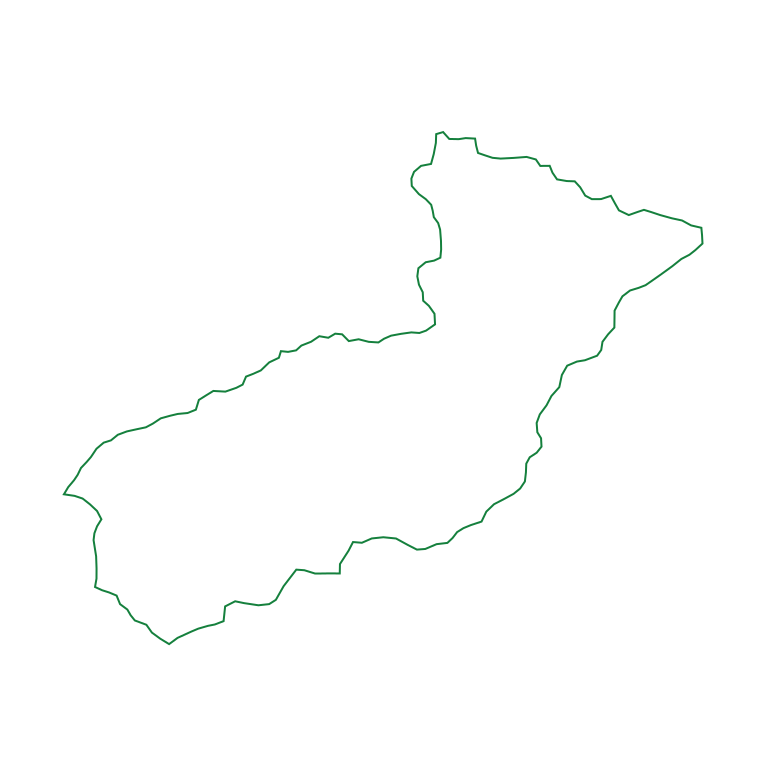 outline of Capetinga, Minas Gerais, Brazil, rotated 267°
{"feature_id": "56859067B5819278001794", "entity_name": "Capetinga", "entity_type": "district", "adm_level": 2, "iso_a3": "BRA", "parent_name": "Brazil", "parent_adm1": "Minas Gerais", "projection": "natural_earth1", "projection_center": [-47.021, -20.66], "detail": "fine", "context": "isolated", "style": "outline", "palette": "green", "viewbox_px": 768, "rotation_deg": 267, "n_neighbors": 0, "source": "geoboundaries", "source_scale": "gbopen_adm2", "svg_char_len": 2735}
<svg xmlns="http://www.w3.org/2000/svg" viewBox="0 0 768 768"><g transform="rotate(267 384 384)"><path d="M560.0,620.4L557.3,610.4L557.7,601.3L561.6,594.8L570.2,590.2L576.4,585.1L577.1,577.2L579.3,567.5L586.2,563.3L593.2,560.9L593.6,551.5L600.3,547.4L603.3,538.3L603.0,525.6L603.0,512.3L604.2,504.2L606.9,497.2L609.8,490.0L617.2,488.5L624.3,487.8L625.3,478.5L624.6,471.5L625.3,462.0L632.5,456.2L630.8,449.2L622.0,448.4L611.0,445.7L601.3,442.5L599.9,432.4L594.3,425.1L587.7,422.1L580.3,422.1L571.8,428.8L566.4,435.4L560.5,440.5L554.5,441.7L548.0,442.5L541.9,446.5L535.3,448.1L524.0,448.4L515.3,448.1L507.2,446.9L504.6,440.5L503.4,432.0L497.8,424.4L489.8,422.9L481.4,424.1L473.6,427.5L465.1,427.5L459.7,432.9L451.5,438.1L440.9,438.1L435.1,428.8L433.1,422.0L434.1,414.0L433.2,403.6L431.9,393.6L429.2,386.4L425.8,380.6L426.9,371.0L430.0,361.0L428.7,351.1L435.8,344.8L436.8,337.9L433.1,330.8L435.1,321.9L430.0,313.4L426.7,303.5L422.2,298.0L421.1,289.9L422.2,282.8L415.7,280.4L411.6,270.5L404.0,261.7L400.9,253.6L398.6,246.6L390.8,242.8L387.9,236.3L384.7,225.2L386.0,213.2L382.3,206.4L377.8,198.3L368.2,194.8L365.3,186.3L364.9,176.5L363.5,168.8L361.4,159.3L356.5,151.0L353.2,143.9L351.7,134.3L350.1,124.7L347.2,115.5L342.0,108.4L340.1,101.0L334.4,93.5L326.4,87.5L321.6,82.9L316.0,77.0L309.3,73.3L304.1,69.4L297.6,63.3L290.6,58.6L288.5,69.1L285.4,77.0L279.2,84.1L272.2,90.8L263.7,94.7L256.9,90.0L250.1,87.0L243.3,85.8L235.6,86.6L227.0,87.5L215.1,87.3L204.7,86.7L196.4,84.8L192.8,91.7L190.2,98.6L186.7,105.9L178.0,108.9L172.2,115.9L166.3,118.9L160.9,122.8L156.0,134.1L147.9,139.2L141.3,147.3L135.5,155.8L141.3,164.6L146.9,178.8L149.4,185.7L151.7,195.6L152.7,202.5L155.6,211.4L170.2,213.7L174.8,224.0L172.5,232.8L169.6,247.0L170.2,257.8L174.1,264.7L187.4,273.2L203.2,286.7L202.2,294.7L198.3,305.3L198.0,312.4L197.7,320.4L197.1,329.9L206.5,330.6L214.0,336.0L219.4,339.9L227.8,344.8L226.6,353.6L230.4,363.7L231.0,375.3L229.1,387.9L222.0,399.4L216.9,408.2L217.1,416.6L221.3,428.1L222.0,439.0L226.6,444.4L232.3,449.3L235.9,455.8L238.6,463.5L241.5,474.2L251.2,479.5L258.2,487.6L263.1,498.4L267.5,507.6L272.5,514.5L279.3,519.6L288.3,521.1L297.0,521.9L303.2,525.7L307.4,532.9L313.2,538.0L321.6,538.0L327.8,534.6L337.1,534.4L345.5,538.0L354.2,545.2L363.3,550.6L371.7,558.9L383.7,562.1L392.7,567.9L396.3,577.8L397.2,585.9L401.1,598.3L406.6,602.7L414.7,604.4L421.9,610.4L428.3,617.0L438.9,617.7L445.2,618.1L453.1,622.8L459.1,626.7L464.5,634.6L466.7,643.4L469.0,650.4L478.1,665.0L486.5,678.0L493.3,687.5L497.1,695.8L501.4,701.9L507.6,709.4L515.9,709.4L523.4,709.1L526.3,699.0L531.7,690.2L534.4,680.2L538.2,668.8L541.8,659.6L544.3,652.7L542.5,646.1L539.9,637.3L545.1,627.7L552.5,624.0L560.0,620.4Z" fill="none" stroke="#15803d" stroke-width="2"/></g></svg>